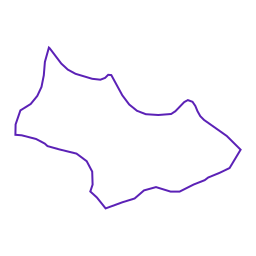 the border of Bijelo Polje
{"feature_id": "MNE-1510", "entity_name": "Bijelo Polje", "entity_type": "Municipality", "adm_level": 1, "iso_a3": "MNE", "parent_name": "Montenegro", "parent_adm1": "", "projection": "orthographic", "projection_center": [19.735, 43.063], "detail": "fine", "context": "isolated", "style": "outline", "palette": "violet", "viewbox_px": 256, "rotation_deg": 0, "n_neighbors": 0, "source": "natural_earth", "source_scale": "10m", "svg_char_len": 793}
<svg xmlns="http://www.w3.org/2000/svg" viewBox="0 0 256 256"><path d="M48.9,47.6L49.7,48.3L61.3,63.6L67.8,69.6L75.5,73.8L92.2,78.8L100.4,79.7L105.1,77.9L108.2,74.8L111.3,75.1L122.3,95.3L129.2,104.5L137.0,110.8L145.8,114.2L158.3,115.0L171.1,114.0L175.4,111.2L184.2,102.1L187.8,100.1L192.5,101.8L195.3,105.9L197.5,111.2L200.3,116.2L204.1,120.0L226.8,136.0L239.9,149.0L240.6,149.7L229.6,168.0L219.9,172.7L208.2,177.5L204.8,180.1L193.7,184.5L179.6,191.6L170.6,191.6L156.0,187.1L144.0,190.4L134.6,198.5L122.6,202.2L105.6,208.4L96.9,197.5L90.3,191.5L92.6,184.6L92.2,171.6L86.7,161.2L76.5,153.6L59.3,149.4L47.5,146.1L44.8,143.6L36.1,139.0L21.7,135.3L15.4,134.8L15.6,124.4L20.4,110.4L30.7,104.0L37.3,95.9L41.5,86.9L43.8,75.3L44.9,61.9L48.9,47.6Z" fill="none" stroke="#5b21b6" stroke-width="2"/></svg>